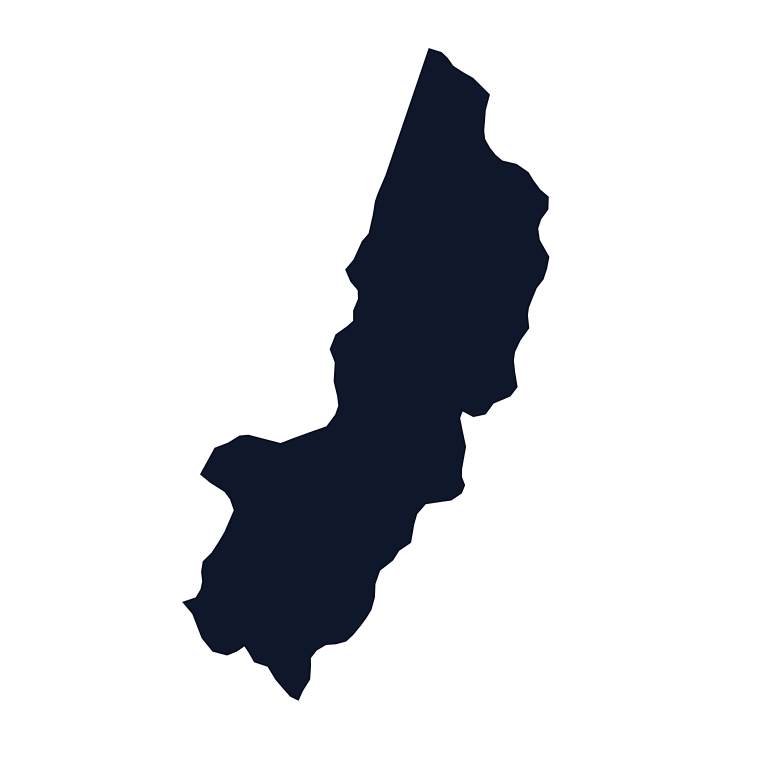 Dobrada, São Paulo, Brazil, rotated 298°
{"feature_id": "56859067B78643306619002", "entity_name": "Dobrada", "entity_type": "district", "adm_level": 2, "iso_a3": "BRA", "parent_name": "Brazil", "parent_adm1": "São Paulo", "projection": "orthographic", "projection_center": [-48.364, -21.515], "detail": "fine", "context": "isolated", "style": "filled", "palette": "ink", "viewbox_px": 768, "rotation_deg": 298, "n_neighbors": 0, "source": "geoboundaries", "source_scale": "gbopen_adm2", "svg_char_len": 1690}
<svg xmlns="http://www.w3.org/2000/svg" viewBox="0 0 768 768"><g transform="rotate(298 384 384)"><path d="M569.3,288.0L549.4,289.7L541.5,290.9L528.3,295.4L509.7,300.5L499.7,298.2L479.5,299.4L467.1,296.8L459.2,306.7L455.0,317.3L447.2,321.8L434.6,323.0L425.3,327.9L417.2,324.9L404.9,318.7L389.6,320.4L380.4,331.0L363.0,339.0L351.8,348.9L343.6,354.6L334.1,356.0L319.2,353.7L308.4,343.7L293.0,329.8L282.6,320.8L274.8,288.3L270.1,281.2L258.5,274.4L247.8,265.1L218.4,264.7L215.9,277.2L214.6,294.1L210.5,302.6L202.3,311.4L178.3,313.3L166.6,312.8L153.7,311.6L142.3,308.0L132.6,311.4L124.7,316.8L116.9,319.1L106.9,318.7L97.1,309.4L91.6,323.1L74.6,342.7L68.0,358.3L71.3,372.5L79.2,379.1L87.9,383.6L83.7,391.3L78.1,400.1L80.5,414.0L72.6,427.4L68.9,436.7L64.7,447.9L64.9,456.4L75.2,455.8L88.4,456.7L99.9,451.5L107.5,447.3L117.5,449.0L127.0,454.9L132.3,463.4L139.4,470.9L148.5,474.0L160.1,476.3L169.1,477.6L178.7,478.2L191.2,475.4L203.2,469.6L217.5,467.4L232.6,474.1L244.2,475.0L256.6,481.6L274.0,475.9L284.7,473.6L297.9,476.6L307.9,490.1L313.2,497.5L324.1,503.3L332.4,502.4L338.1,495.8L345.2,492.2L366.8,485.2L379.6,474.5L389.4,466.5L397.5,465.4L397.5,478.1L405.2,487.3L418.5,489.2L432.7,500.7L443.8,502.6L456.2,493.2L465.3,487.0L473.7,483.9L486.9,483.3L501.2,485.3L512.1,478.0L519.2,475.4L529.2,474.2L540.3,473.1L551.4,475.0L562.3,473.1L573.4,469.7L583.7,453.5L593.4,446.4L603.3,444.7L615.2,446.4L626.0,441.1L628.4,430.5L633.5,419.7L638.1,412.1L639.8,397.9L636.1,383.6L638.0,374.8L641.7,366.3L647.2,357.8L654.3,352.9L673.4,344.6L688.7,341.0L692.4,328.9L695.4,318.8L695.7,307.5L696.7,295.6L701.0,287.1L703.3,279.1L701.0,266.6L569.3,288.0Z" fill="#0f172a" stroke="#020617" stroke-width="1.5"/></g></svg>